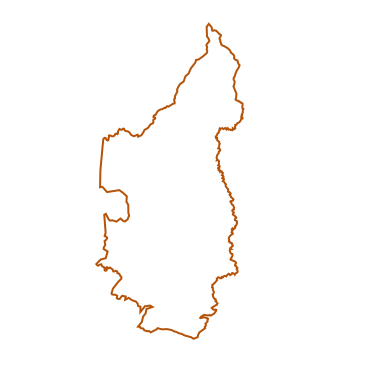 Djéma, Haut-Mbomou, Central African Republic (Natural Earth projection), rotated 42°
{"feature_id": "33826404B9662788023259", "entity_name": "Djéma", "entity_type": "district", "adm_level": 2, "iso_a3": "CAF", "parent_name": "Central African Republic", "parent_adm1": "Haut-Mbomou", "projection": "natural_earth1", "projection_center": [25.567, 6.936], "detail": "fine", "context": "isolated", "style": "outline", "palette": "amber", "viewbox_px": 384, "rotation_deg": 42, "n_neighbors": 0, "source": "geoboundaries", "source_scale": "gbopen_adm2", "svg_char_len": 6069}
<svg xmlns="http://www.w3.org/2000/svg" viewBox="0 0 384 384"><g transform="rotate(42 192 192)"><path d="M292.9,284.4L291.7,283.7L291.8,282.3L291.5,281.6L290.1,280.8L290.2,277.7L289.2,276.9L288.8,275.5L288.1,275.5L285.3,276.7L284.3,277.7L282.8,280.0L282.4,280.1L282.2,279.5L282.2,278.5L283.2,275.2L286.6,273.0L287.3,271.7L288.5,271.5L289.8,267.7L289.5,264.5L288.9,263.3L288.4,263.5L286.8,265.1L284.2,265.0L284.2,264.5L285.9,258.8L285.5,257.7L283.7,257.5L282.8,256.8L282.3,257.2L281.3,255.9L280.4,256.4L277.7,255.7L276.7,254.7L276.0,254.5L275.9,252.9L275.3,251.8L272.6,250.4L271.6,249.2L270.7,249.4L270.1,248.1L269.3,247.7L269.7,244.3L269.6,240.6L268.4,239.9L268.5,237.9L269.1,237.5L270.5,237.4L271.6,236.3L271.0,235.7L270.9,235.2L272.1,234.5L271.9,233.6L272.2,232.8L272.6,232.3L274.0,231.7L273.7,230.8L273.9,228.3L274.3,228.0L276.0,228.2L276.5,226.5L276.1,225.3L278.3,224.4L279.1,224.7L278.8,223.6L279.4,221.7L279.3,220.7L278.0,219.8L276.9,219.6L276.5,218.0L275.7,218.2L274.3,217.5L273.2,217.9L272.7,217.2L272.2,215.3L271.8,215.0L270.4,214.9L266.2,216.4L265.7,216.3L265.3,215.3L265.5,214.3L264.8,213.3L264.8,212.4L264.5,211.8L263.5,211.1L262.9,211.5L261.6,211.6L259.1,210.2L258.6,209.0L259.3,208.2L258.1,208.3L257.9,207.8L258.4,205.6L258.3,204.5L256.8,204.2L256.3,203.5L255.5,203.3L254.1,204.2L253.3,203.7L252.5,204.1L251.4,202.4L250.5,202.1L249.8,200.8L249.7,198.5L249.9,197.0L250.3,196.3L250.2,195.6L249.9,195.4L248.3,195.4L247.9,193.3L246.8,193.4L246.4,192.9L246.4,191.8L247.8,191.4L248.1,189.8L247.0,188.8L247.2,187.3L246.4,185.2L245.0,183.7L242.7,184.1L242.3,183.8L241.8,182.7L242.1,181.8L242.1,181.4L240.6,181.1L237.5,181.4L237.0,180.9L236.9,179.3L234.9,179.2L234.3,178.8L234.2,177.8L234.9,177.1L234.8,176.7L234.0,176.2L233.6,175.3L231.2,174.3L230.5,174.5L229.0,174.2L228.2,173.6L226.9,173.4L226.9,172.9L228.1,171.2L227.9,169.9L227.2,169.6L224.3,169.7L223.5,169.1L221.7,168.9L221.5,168.4L221.9,167.4L221.7,167.2L220.0,167.0L218.6,167.6L216.9,165.7L215.7,165.7L213.1,165.1L212.6,164.6L212.0,163.5L211.0,163.7L209.4,163.0L207.6,163.3L207.4,161.3L206.5,160.7L205.8,161.4L205.3,161.5L205.0,159.4L204.1,159.0L203.0,159.5L202.2,157.2L200.8,157.3L200.1,156.8L199.8,157.0L199.5,158.2L198.5,157.3L197.7,158.0L197.1,158.0L196.9,157.1L196.4,156.9L196.3,156.3L195.4,156.8L195.2,156.5L195.6,155.1L195.3,154.4L194.4,154.0L193.6,154.5L193.5,153.5L191.3,151.0L190.8,150.7L189.8,151.1L189.3,151.8L189.0,150.9L187.3,150.1L185.9,147.3L185.8,145.2L185.0,144.3L185.1,142.1L183.5,141.4L182.3,142.0L182.0,140.5L180.7,138.7L180.4,137.6L179.3,137.3L178.6,136.5L176.2,136.7L174.5,135.0L173.9,135.9L172.6,135.1L172.5,132.7L171.8,131.4L172.2,130.4L171.3,128.6L171.3,127.6L170.4,127.0L170.1,126.0L171.0,125.8L171.8,124.3L173.2,124.2L173.9,122.2L175.6,122.5L175.4,121.0L175.8,120.6L177.4,121.3L178.5,120.0L179.5,119.9L180.6,119.1L180.7,118.5L179.8,117.5L181.2,117.5L181.5,116.5L181.4,115.5L180.3,115.2L180.0,113.5L179.3,113.1L180.0,112.3L179.7,110.5L180.4,109.0L180.5,107.4L180.0,105.1L180.3,103.4L179.9,103.1L179.0,103.9L178.7,103.6L177.9,102.5L178.1,101.6L177.1,101.0L176.8,99.3L175.0,97.2L174.6,95.9L173.3,96.0L170.5,92.5L169.3,92.5L168.5,93.0L166.5,92.9L166.0,93.5L165.1,93.4L164.1,94.0L162.6,94.2L161.3,91.9L159.4,89.3L152.2,85.8L151.5,83.9L149.9,81.4L147.6,80.5L146.7,79.4L146.3,77.2L144.8,74.2L143.9,71.3L143.6,68.9L142.6,66.0L140.5,65.6L137.7,63.8L136.6,64.5L134.4,64.7L133.6,64.3L132.8,63.1L132.0,62.5L130.3,62.2L127.8,62.4L125.5,61.4L122.7,61.2L118.2,62.1L116.5,62.8L114.9,62.8L113.8,61.8L112.3,61.4L111.5,60.2L110.0,59.8L109.4,59.0L108.8,56.3L108.5,56.0L106.4,56.3L102.3,55.9L100.3,56.9L99.7,58.2L98.9,58.5L96.4,56.4L92.0,55.8L92.4,59.5L99.1,66.4L101.6,66.9L103.9,68.2L104.1,72.3L104.6,73.5L106.1,74.0L107.7,76.4L109.0,77.0L110.0,78.7L109.4,83.9L108.2,89.2L106.6,91.2L107.9,93.7L108.4,100.8L110.2,106.3L109.7,110.4L111.9,115.6L110.9,119.5L111.5,123.3L112.5,126.1L113.8,127.0L115.3,132.4L116.8,133.9L116.6,134.7L117.2,135.7L118.9,136.7L119.8,137.8L118.9,139.0L117.4,144.3L116.1,144.9L116.0,147.3L115.3,147.6L114.5,150.3L113.6,151.3L112.6,153.9L112.5,155.6L113.3,159.0L112.6,160.0L112.7,161.4L113.1,162.0L114.5,161.5L115.2,161.6L115.5,162.3L114.9,163.9L115.5,165.0L116.5,165.8L117.0,166.9L115.9,169.7L116.4,173.7L115.2,177.6L116.1,181.3L116.4,183.7L115.0,186.9L113.3,185.8L111.5,189.4L109.1,190.2L107.9,190.2L106.1,189.6L104.7,189.7L103.7,189.9L101.8,191.1L100.7,191.2L99.1,190.5L98.4,191.0L98.3,192.1L97.8,193.2L95.9,193.7L96.5,196.6L97.9,198.3L97.9,198.9L96.6,199.3L96.2,200.4L96.6,201.9L96.1,203.5L94.9,204.3L93.0,204.8L92.5,205.7L93.8,207.1L93.9,207.9L94.8,208.7L95.1,209.7L94.6,210.3L93.6,210.4L91.7,209.7L90.8,210.2L90.7,212.1L109.2,236.9L120.5,250.0L121.5,248.5L122.9,248.2L128.9,248.9L136.7,239.3L140.8,238.8L146.4,238.8L149.8,243.1L153.2,244.2L158.9,250.3L161.1,251.6L162.4,255.4L161.9,258.8L160.5,259.5L156.6,259.6L155.7,264.6L152.1,266.1L149.9,268.3L148.4,268.1L142.6,265.9L142.0,267.6L155.0,280.0L156.6,283.2L158.3,282.6L159.7,282.9L160.2,284.6L159.9,287.0L163.0,289.4L163.5,292.1L164.5,293.5L169.1,292.7L172.2,298.9L169.3,303.3L169.1,309.6L170.2,309.9L171.6,309.5L172.0,307.9L173.0,306.4L173.9,306.9L175.3,307.3L177.3,306.7L179.5,308.6L180.2,308.6L180.8,307.8L180.7,306.8L180.3,306.3L179.6,306.1L179.1,305.6L179.0,304.9L179.6,304.5L180.3,304.8L181.1,304.5L181.6,303.0L185.0,302.7L186.6,303.7L187.4,303.1L187.9,301.7L189.4,301.1L190.2,301.4L190.8,302.3L192.6,301.4L194.5,302.2L196.4,302.4L197.5,303.7L197.3,307.7L197.9,316.8L200.1,321.3L201.2,321.6L204.0,319.6L205.9,319.2L207.2,321.2L208.6,321.0L209.8,319.8L209.5,315.9L212.7,314.0L214.4,316.8L215.8,313.0L220.0,312.5L223.8,310.9L226.3,311.4L228.2,312.7L230.4,311.7L233.9,315.7L233.5,308.4L236.8,304.5L239.5,303.9L236.5,309.4L238.8,313.4L239.0,317.3L241.6,321.9L242.0,328.2L243.7,327.0L245.0,327.5L247.1,326.1L249.1,326.7L252.1,325.3L253.0,324.1L255.3,323.9L257.6,317.6L257.6,316.2L261.5,314.2L265.1,310.7L267.5,309.2L269.6,308.1L272.0,307.5L274.2,306.4L276.7,305.8L279.6,304.2L282.1,303.7L288.7,300.4L291.3,300.1L293.3,296.2L292.2,294.1L291.4,291.4L292.9,284.4Z" fill="none" stroke="#b45309" stroke-width="2"/></g></svg>